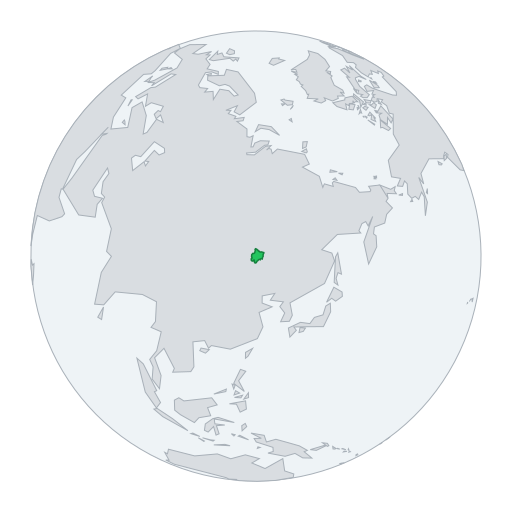 the Earth from above Hentiy, rotated 28°
{"feature_id": "MNG-3315", "entity_name": "Hentiy", "entity_type": "Province", "adm_level": 1, "iso_a3": "MNG", "parent_name": "Mongolia", "parent_adm1": "", "projection": "orthographic", "projection_center": [110.059, 47.757], "detail": "fine", "context": "on_globe", "style": "filled", "palette": "green", "viewbox_px": 512, "rotation_deg": 28, "n_neighbors": 0, "source": "natural_earth", "source_scale": "10m", "svg_char_len": 13639}
<svg xmlns="http://www.w3.org/2000/svg" viewBox="0 0 512 512"><g transform="rotate(28 256 256)"><circle cx="256" cy="256" r="225" fill="#eef3f6" stroke="#a8b0b8"/><path d="M459.3,352.9L459.0,353.6L458.8,354.0L459.3,352.9ZM394.8,78.5L399.4,83.0L395.8,84.1L378.7,78.9L377.9,76.2L373.9,75.7L374.6,79.4L376.0,82.0L363.1,89.0L362.9,105.7L370.3,113.7L362.8,110.2L382.0,128.0L386.7,141.0L376.7,124.7L372.2,121.9L373.1,129.7L368.6,128.6L366.4,131.9L361.0,130.1L355.6,121.2L351.9,120.0L352.8,125.7L347.9,127.8L347.2,119.6L338.5,122.5L327.9,109.4L330.4,90.8L320.0,83.9L310.5,66.3L306.7,67.3L300.8,61.9L294.3,61.1L294.4,58.5L289.1,60.2L290.3,62.8L288.3,64.5L284.6,64.5L284.1,61.0L285.9,60.5L283.8,59.5L285.1,57.8L282.3,58.6L282.1,54.7L276.8,58.5L272.0,55.4L273.4,52.9L280.4,53.2L301.1,49.7L304.6,48.1L302.6,45.0L283.5,38.6L284.4,37.1L280.4,35.1L276.6,35.5L278.4,37.4L270.3,38.3L273.4,41.0L270.6,42.0L270.9,45.2L263.1,44.8L255.3,42.8L254.7,40.2L251.3,39.5L245.6,42.2L238.3,38.4L223.0,37.9L222.0,37.2L231.2,34.5L247.1,33.1L259.1,31.5L243.5,32.8L241.2,31.8L237.5,32.0L233.0,32.4L230.9,33.0L228.4,33.0L243.0,31.2L245.4,31.1L240.8,31.6L248.2,31.1L258.0,30.8L256.9,30.7L273.4,31.4L289.8,33.3L306.0,36.3L322.0,40.6L337.6,46.0L352.7,52.5L367.4,60.2L381.4,68.9L394.8,78.5ZM468.5,195.2L466.8,192.4L467.5,191.4L468.5,195.2ZM465.9,192.7L466.5,193.2L466.1,193.1L465.9,192.7ZM465.8,193.9L465.9,193.0L466.0,194.4L465.8,193.9ZM465.8,196.0L465.7,194.7L465.8,195.0L465.8,196.0ZM465.0,198.3L464.8,198.7L464.5,197.2L465.0,198.3ZM377.4,83.4L375.1,79.6L376.1,76.9L378.5,80.2L377.4,83.4ZM374.7,89.5L372.4,87.1L377.1,87.2L377.0,88.5L374.7,89.5ZM376.7,120.1L375.6,116.0L378.2,120.4L376.7,120.1ZM367.1,132.7L368.8,134.3L367.0,135.4L367.1,132.7ZM275.1,45.3L273.0,45.2L274.1,44.6L275.1,45.3ZM277.2,46.9L279.9,46.2L281.3,46.9L279.6,47.3L277.2,46.9ZM356.9,133.7L353.4,135.2L356.1,132.1L356.9,133.7ZM273.6,47.5L283.4,48.2L285.8,49.5L281.4,52.0L273.6,47.5ZM350.8,135.1L342.4,139.2L345.5,143.0L332.0,135.2L343.6,133.9L346.3,129.4L347.4,133.4L350.8,135.1ZM292.3,63.7L290.8,60.9L295.5,63.3L292.3,63.7ZM295.7,64.8L312.6,70.7L312.8,75.0L307.1,72.0L310.2,78.0L301.9,77.2L298.4,73.8L299.9,71.0L295.6,72.9L295.7,64.8ZM325.8,130.4L323.0,130.3L324.9,128.8L325.8,130.4ZM287.9,65.4L291.3,66.0L291.8,69.8L285.0,69.2L287.1,68.1L287.9,65.4ZM315.0,80.2L314.1,83.0L307.2,83.1L305.9,84.3L301.8,77.6L315.0,80.2ZM285.1,67.3L281.6,68.9L278.0,67.1L284.6,65.0L285.1,67.3ZM294.7,71.1L294.6,72.9L292.5,71.7L294.7,71.1ZM263.3,62.4L267.4,62.7L268.0,64.7L263.3,62.4ZM280.6,69.6L281.8,70.2L282.5,71.1L279.5,71.8L280.6,69.6ZM297.2,78.3L294.5,77.8L298.5,81.0L293.5,81.4L291.7,76.9L290.4,79.0L288.8,79.2L289.0,75.5L297.2,78.3ZM278.6,75.3L274.5,70.2L266.8,68.9L266.1,67.0L278.5,69.5L278.6,75.3ZM284.7,75.7L280.7,75.0L281.8,72.9L285.2,72.1L284.7,75.7ZM290.8,83.4L299.0,83.9L299.1,84.8L290.8,83.4ZM276.1,75.2L277.2,76.5L275.5,75.4L276.1,75.2ZM286.1,81.3L288.9,81.2L289.0,82.3L286.1,81.3ZM276.9,79.2L275.6,77.4L277.8,76.8L276.9,79.2ZM280.9,80.4L280.3,82.0L279.4,77.6L282.2,80.2L280.9,80.4ZM285.7,82.3L286.6,83.0L284.5,82.2L285.7,82.3ZM269.1,82.9L267.4,77.5L272.4,75.9L273.3,81.3L269.1,82.9ZM88.4,105.5L91.7,108.2L85.5,117.2L79.9,139.8L78.0,144.3L71.5,148.4L61.5,177.2L66.8,177.5L64.9,200.3L68.3,212.0L82.4,202.7L76.9,183.2L83.1,173.4L93.2,183.5L99.1,201.3L101.7,198.1L104.0,182.0L111.5,181.7L105.5,176.2L103.4,181.7L99.6,178.6L101.3,173.5L103.9,173.4L103.9,167.3L91.6,169.8L88.1,175.7L84.2,163.8L78.1,172.6L74.9,171.8L84.1,156.7L87.9,154.1L99.9,133.5L95.6,135.0L83.9,154.8L84.8,150.7L78.9,153.7L84.1,148.2L98.0,127.0L98.6,117.0L88.7,115.0L91.3,109.1L98.3,100.5L112.6,92.7L105.2,106.9L110.2,105.0L120.8,96.3L117.7,101.6L121.1,100.0L119.2,105.5L125.5,108.4L125.0,113.7L136.1,110.7L137.4,113.3L130.4,114.2L125.3,117.9L124.9,132.1L127.4,133.7L134.7,130.8L133.7,135.4L140.8,130.8L144.9,137.9L145.8,125.7L154.4,122.8L161.6,125.1L164.6,122.2L152.9,118.4L148.1,119.0L143.7,122.9L130.7,123.5L128.9,119.6L143.2,111.3L142.3,105.1L153.8,101.9L178.3,113.0L184.1,120.2L175.4,139.0L169.0,139.0L169.0,132.0L161.0,141.5L165.5,139.2L164.7,143.3L172.7,142.1L172.4,145.0L180.5,139.2L181.1,142.6L176.0,146.2L188.4,148.1L192.0,154.9L194.9,154.0L197.0,151.1L200.3,162.1L202.2,161.0L201.9,156.9L205.7,152.2L213.7,148.3L214.3,152.3L211.6,154.2L206.8,164.6L199.3,169.5L200.4,170.8L207.1,167.5L212.9,154.8L217.5,151.4L215.6,157.5L216.7,155.0L219.2,154.6L222.3,158.0L224.7,151.5L251.2,143.4L259.9,149.8L255.3,155.7L274.5,155.9L282.8,164.1L282.5,160.2L291.6,158.3L289.1,155.7L289.6,153.7L311.7,148.8L317.4,151.2L326.5,145.6L326.4,143.8L322.7,141.6L332.0,135.2L345.5,143.0L345.2,146.7L353.9,149.5L351.8,157.9L354.2,166.5L346.9,174.8L349.4,181.3L352.5,181.7L358.3,191.2L359.2,210.2L344.6,193.0L340.5,166.3L340.9,176.8L336.7,174.1L334.3,177.7L335.0,185.4L337.7,186.5L317.7,198.8L311.1,219.6L321.6,217.8L327.7,223.5L329.4,248.1L308.0,281.4L315.9,291.3L316.1,298.0L308.6,302.5L308.1,292.8L300.8,289.5L301.7,283.6L289.4,288.3L290.2,280.2L280.2,288.3L283.5,294.7L294.1,293.3L285.2,304.4L295.4,315.3L296.0,328.3L277.1,350.3L258.7,356.0L257.4,359.7L250.4,354.8L240.6,361.4L253.2,383.0L252.7,388.7L237.0,397.7L236.7,393.6L218.1,380.7L214.2,393.4L228.3,406.1L233.1,418.5L222.1,413.4L217.2,402.2L210.7,397.2L212.8,386.3L207.9,367.4L196.8,368.3L198.0,361.1L189.6,343.1L173.8,343.3L148.5,353.8L144.5,370.6L136.1,374.3L127.1,343.1L128.5,324.2L121.9,322.1L115.5,299.9L94.7,281.3L94.7,275.0L90.1,273.4L86.1,262.2L87.4,252.2L83.6,248.0L81.0,274.5L85.4,279.1L93.4,277.1L91.5,284.9L95.8,297.2L80.2,303.0L54.3,287.6L56.9,273.6L63.6,221.8L66.2,219.1L66.5,218.7L66.9,217.7L62.3,221.1L65.1,211.6L56.0,244.0L52.3,255.0L53.8,287.8L52.5,288.1L54.5,296.7L67.2,308.6L66.2,312.4L57.0,322.1L43.9,322.9L48.6,341.5L52.6,352.9L52.2,352.1L45.8,336.9L40.4,321.3L36.2,305.4L33.2,289.1L31.3,272.7L30.7,256.2L31.3,239.8L33.1,223.4L36.1,207.1L40.3,191.2L45.6,175.5L52.0,160.4L59.6,145.7L68.2,131.6L77.8,118.2L88.4,105.5ZM83.0,112.7L81.0,114.7L83.0,112.7ZM100.1,228.0L107.0,238.5L112.9,225.3L116.1,228.4L116.9,223.0L113.3,224.3L116.7,210.5L123.0,212.3L126.8,207.6L124.6,203.9L112.6,202.8L107.6,222.4L102.2,223.7L100.1,228.0ZM240.3,31.9L239.1,32.0L234.6,32.4L236.7,32.1L240.3,31.9ZM214.5,36.4L211.1,36.3L215.0,35.9L217.3,35.1L228.4,33.7L222.0,36.8L222.9,35.5L214.5,36.4ZM241.4,33.3L235.1,33.4L242.3,33.2L241.4,33.3ZM141.9,87.5L138.3,90.6L134.7,90.8L135.4,85.3L140.7,84.9L141.9,87.5ZM134.1,95.2L148.0,89.1L148.1,92.7L145.7,91.6L144.4,94.6L140.1,93.7L126.6,103.6L122.5,104.5L126.1,93.1L127.2,96.2L130.6,92.7L134.1,95.2ZM183.5,71.4L189.5,69.9L181.9,79.4L177.1,79.7L177.6,73.9L183.5,70.2L183.5,71.4ZM263.9,52.4L266.8,52.1L266.9,52.9L264.6,53.9L263.9,52.4ZM265.2,62.4L251.9,55.3L254.4,54.4L243.5,51.9L246.0,48.6L253.0,50.3L246.7,46.2L254.0,46.4L249.0,44.1L264.2,48.0L270.5,48.4L262.6,49.1L260.1,52.0L260.9,53.3L268.0,57.6L280.3,60.4L279.8,64.0L276.2,65.9L273.2,65.8L274.4,63.4L269.5,65.0L269.0,61.5L265.2,62.4ZM234.4,91.9L237.2,88.1L227.2,92.8L226.6,88.4L225.5,89.3L222.2,86.7L216.3,85.0L217.1,83.0L214.5,83.3L212.3,81.7L208.9,81.5L209.2,77.9L205.1,77.4L207.5,76.0L200.4,76.3L205.8,74.5L203.5,72.6L199.5,75.3L209.0,58.3L208.9,53.3L205.8,50.3L215.5,48.2L224.6,50.0L232.0,54.2L230.7,59.7L235.3,58.0L236.1,60.2L232.2,60.6L238.7,61.3L238.3,63.3L244.9,68.5L254.6,68.8L257.3,70.9L253.3,71.8L258.7,73.3L252.9,76.5L254.7,78.2L250.8,83.2L242.0,84.3L244.6,86.1L241.8,90.3L234.4,91.9ZM267.7,84.2L257.3,86.0L251.9,84.6L261.1,76.5L260.3,74.6L265.9,69.8L273.6,72.0L271.3,73.1L270.8,74.7L268.6,73.4L270.0,75.7L266.9,77.4L267.1,79.7L263.7,79.6L267.7,84.2ZM80.3,145.4L79.6,148.2L79.6,151.9L75.9,154.1L80.3,145.4ZM89.5,130.8L89.6,132.6L84.2,137.0L84.9,134.3L89.5,130.8ZM94.1,130.1L90.0,132.4L92.6,129.5L94.1,130.1ZM130.9,115.8L131.5,117.8L129.8,118.9L127.4,118.9L130.9,115.8ZM204.7,106.6L207.1,104.2L208.4,104.7L216.1,102.0L217.1,105.3L212.9,108.2L204.7,106.6ZM78.8,201.6L75.2,200.8L75.9,197.7L77.0,198.6L78.8,201.6ZM73.4,176.2L72.5,183.7L72.4,176.7L73.4,176.2ZM207.1,109.7L210.1,108.2L208.8,110.8L207.1,109.7ZM218.3,107.6L217.4,110.5L218.2,105.4L218.3,107.6ZM62.0,370.6L59.0,364.4L62.9,369.0L63.6,367.0L68.5,377.2L72.4,386.6L62.0,370.6ZM290.4,443.6L297.3,443.6L297.0,444.2L290.4,443.6ZM283.3,442.0L291.1,441.7L281.9,443.4L283.3,442.0ZM294.1,441.6L302.1,439.7L305.6,438.3L305.0,439.6L294.1,441.6ZM277.9,442.2L249.1,441.6L237.7,439.1L240.3,437.0L258.7,438.8L277.9,442.2ZM239.4,436.9L222.1,428.1L198.8,402.1L207.2,404.2L231.6,421.5L230.0,423.5L240.5,430.2L239.4,436.9ZM281.5,425.6L279.8,432.0L263.9,431.6L256.6,430.3L251.6,421.6L254.4,417.4L260.4,417.8L283.5,402.0L291.6,405.7L284.4,412.6L291.0,418.3L281.5,425.6ZM145.3,372.6L149.5,384.6L145.0,384.3L145.3,372.6ZM293.0,389.9L283.6,397.7L292.3,387.4L293.0,389.9ZM298.3,380.0L298.8,383.9L295.0,380.3L298.3,380.0ZM257.0,365.5L250.8,366.0L250.7,363.1L258.7,360.6L257.0,365.5ZM296.4,339.1L296.0,348.2L294.7,351.3L292.0,346.0L296.4,339.1ZM220.2,138.4L208.3,138.2L200.4,140.9L197.0,146.5L196.6,138.8L208.8,134.6L220.2,138.4ZM247.3,142.2L250.2,137.7L252.4,140.0L252.0,141.4L247.3,142.2ZM246.6,139.2L243.8,133.2L247.6,130.9L249.1,136.1L246.6,139.2ZM224.9,120.6L221.3,120.2L222.6,118.0L224.9,120.6ZM346.3,462.4L343.7,462.9L338.9,465.0L344.1,462.2L336.8,465.7L333.8,465.7L325.7,467.6L281.6,478.2L272.1,478.5L275.1,477.1L267.6,472.2L270.7,472.2L269.4,467.7L295.7,461.3L314.8,448.9L328.9,446.9L339.9,436.6L354.1,433.3L349.5,440.7L363.8,439.4L374.8,422.3L382.2,432.3L391.7,430.7L392.8,434.0L378.6,445.0L362.8,454.4L346.3,462.4ZM427.1,400.2L428.8,398.7L431.1,397.1L428.4,399.9L427.1,400.2ZM454.8,361.9L455.2,361.3L453.5,364.3L454.8,361.9ZM458.8,354.0L456.9,357.8L459.3,352.9L458.8,354.0ZM438.0,384.5L438.8,384.2L438.0,385.2L438.0,384.5ZM437.4,385.0L438.7,382.7L438.3,384.0L437.4,385.0ZM429.5,386.1L430.7,384.4L431.2,384.5L429.5,386.1ZM307.4,442.6L317.0,436.9L322.2,435.7L307.4,442.6ZM428.0,385.8L425.1,388.0L425.4,386.9L428.0,385.8ZM428.3,383.8L428.1,382.8L429.7,384.1L428.3,383.8ZM422.8,385.3L426.3,384.8L422.4,385.9L422.8,385.3ZM420.7,387.2L418.1,388.0L418.3,387.5L420.7,387.2ZM390.4,406.2L400.2,408.2L392.1,412.3L383.1,412.0L375.7,419.2L359.1,424.4L363.0,420.5L360.8,417.0L343.5,420.1L340.0,418.0L346.3,414.5L334.7,414.7L347.4,410.5L352.5,415.3L359.6,408.5L371.7,405.8L383.4,403.3L392.6,403.5L390.4,406.2ZM347.3,423.6L349.5,423.1L347.5,425.3L347.3,423.6ZM413.1,388.1L416.9,388.4L416.4,389.4L414.6,390.2L413.1,388.1ZM394.8,401.5L404.8,391.6L407.1,390.4L400.5,399.3L394.8,401.5ZM402.4,389.7L407.0,387.9L409.4,389.3L408.4,390.6L402.4,389.7ZM321.5,423.6L321.0,425.3L317.7,424.5L321.5,423.6ZM325.8,421.9L335.7,421.8L324.9,423.4L325.8,421.9ZM295.6,419.5L298.5,423.5L307.8,419.9L300.7,424.4L306.9,430.3L304.8,432.9L298.6,426.5L296.4,433.9L292.3,434.1L290.1,428.1L294.2,419.9L298.3,416.3L315.0,413.2L295.6,419.5ZM325.8,416.9L323.1,412.5L325.1,408.9L327.9,411.0L325.8,416.9ZM315.3,401.3L308.3,396.0L301.9,399.0L314.8,388.8L319.4,395.7L315.3,401.3ZM309.3,388.3L303.4,391.0L309.5,385.2L309.3,388.3ZM301.8,389.0L301.2,384.5L305.9,384.7L301.8,389.0ZM312.4,388.1L313.5,380.3L315.9,384.5L312.4,388.1ZM299.2,374.3L309.3,381.1L296.1,378.9L295.5,363.4L301.1,362.6L299.2,374.3ZM329.9,303.4L328.5,298.5L333.5,296.5L333.1,300.4L329.9,303.4ZM348.7,286.7L334.4,294.4L322.8,300.9L326.5,302.7L324.0,311.7L318.4,304.4L326.4,293.7L335.3,290.4L336.4,282.8L342.8,276.5L341.1,267.4L343.8,262.8L348.1,270.2L348.7,286.7ZM340.0,263.7L339.4,247.0L348.9,247.4L351.2,251.1L347.5,258.5L342.7,257.8L340.0,263.7ZM342.0,243.2L337.4,242.6L326.6,219.4L326.7,214.8L340.0,231.9L336.2,232.2L337.2,238.1L342.0,243.2ZM324.0,132.4L323.1,130.5L325.5,131.7L324.0,132.4ZM288.0,152.3L289.2,149.8L292.0,151.2L288.0,152.3ZM293.9,143.9L289.9,144.1L293.8,142.2L293.9,143.9ZM281.2,145.0L288.2,143.4L281.9,147.4L281.2,145.0Z" fill="#d9dde1" stroke="#a8b0b8" stroke-width="1"/><path d="M252.2,249.8L252.3,249.8L252.6,249.7L252.9,249.8L253.1,249.7L253.4,249.8L253.7,249.7L254.0,249.8L254.3,249.9L254.5,249.9L254.5,250.0L255.2,250.1L255.3,250.1L255.6,250.3L256.3,250.5L256.5,250.4L256.7,250.2L256.8,250.2L257.0,250.3L257.4,250.5L257.5,250.6L258.0,250.5L258.3,250.3L258.8,249.9L259.1,249.8L259.2,249.7L259.3,249.7L259.5,249.7L260.0,249.6L261.0,249.4L261.3,249.3L261.5,249.6L261.4,249.7L261.4,249.8L261.4,250.0L261.5,250.5L261.6,250.8L261.6,251.0L261.6,251.4L261.7,251.6L262.2,252.5L262.4,252.9L262.5,253.1L262.5,253.3L262.5,253.5L262.4,254.0L262.5,254.6L262.7,254.9L262.7,255.0L262.8,255.2L262.9,255.7L262.7,255.7L262.7,255.8L261.7,256.1L261.5,256.3L261.4,256.4L261.4,256.5L261.3,256.9L261.3,257.0L261.4,257.4L261.1,257.4L260.7,257.3L260.4,257.5L260.1,257.9L260.0,258.0L259.9,258.2L259.9,259.0L259.8,259.3L259.6,259.6L259.4,260.1L259.3,260.4L259.3,260.7L259.3,260.8L259.4,261.2L259.4,261.3L259.4,261.5L259.2,261.7L259.2,261.8L259.2,262.0L258.7,262.5L258.3,262.6L258.2,262.5L257.6,262.2L257.3,262.0L257.3,261.8L257.2,261.6L257.1,261.4L256.6,260.9L256.5,260.7L256.4,260.5L256.3,260.4L256.1,260.4L256.0,260.5L256.0,260.9L256.0,261.0L255.9,261.5L255.4,262.0L255.1,262.2L254.5,262.2L254.2,262.2L253.8,261.9L253.7,261.8L253.7,261.7L253.5,261.4L253.3,261.1L253.2,261.0L253.2,260.9L253.1,260.7L253.4,260.2L253.5,259.9L253.5,259.7L253.4,259.5L253.2,259.5L253.1,259.4L253.1,259.2L252.7,258.9L252.4,258.7L252.3,258.3L252.2,258.0L252.1,257.9L252.0,257.6L251.8,257.4L251.7,257.2L251.6,256.9L251.7,256.7L251.7,256.4L251.8,256.2L251.9,255.9L251.8,255.7L251.8,255.4L252.0,255.3L252.2,255.2L252.3,255.2L252.5,255.0L252.7,254.9L252.8,254.8L252.9,254.7L253.0,254.6L253.0,254.4L253.1,254.2L253.3,254.0L253.3,253.9L253.3,253.7L253.3,253.4L253.2,253.2L253.1,252.9L253.0,252.4L252.9,252.1L252.9,251.9L252.8,251.6L252.7,251.4L252.6,251.2L252.3,250.9L252.2,250.8L252.1,250.7L252.1,250.2L252.2,249.8Z" fill="#22c55e" stroke="#15803d" stroke-width="1.5"/></g></svg>